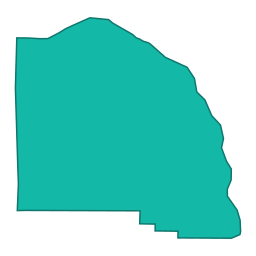 the district of Columbia, Oregon, United States of America
{"feature_id": "52423323B32513162677446", "entity_name": "Columbia", "entity_type": "district", "adm_level": 2, "iso_a3": "USA", "parent_name": "United States of America", "parent_adm1": "Oregon", "projection": "natural_earth1", "projection_center": [-123.003, 45.955], "detail": "fine", "context": "isolated", "style": "filled", "palette": "teal", "viewbox_px": 256, "rotation_deg": 0, "n_neighbors": 0, "source": "geoboundaries", "source_scale": "gbopen_adm2", "svg_char_len": 696}
<svg xmlns="http://www.w3.org/2000/svg" viewBox="0 0 256 256"><path d="M177.9,237.9L231.5,238.2L239.9,234.6L240.6,231.8L240.3,224.3L240.1,220.2L237.1,210.1L227.4,196.2L227.3,189.1L231.1,180.1L231.2,177.1L231.3,169.0L226.5,161.2L221.5,147.8L223.5,138.6L220.5,125.1L211.8,115.8L204.9,99.9L196.8,92.0L194.8,80.5L194.4,78.4L187.1,67.3L165.4,57.4L150.0,43.8L148.1,42.7L143.4,41.3L139.0,38.8L136.3,37.9L132.6,34.5L112.7,23.1L108.6,19.6L89.9,17.8L72.6,25.5L65.9,28.6L58.5,33.1L47.8,38.6L40.0,38.7L28.4,38.0L16.8,37.9L15.4,88.1L17.9,169.9L18.4,183.7L17.3,210.6L25.2,210.4L140.1,210.8L139.7,223.8L155.2,224.1L155.1,230.9L178.0,231.2L177.9,237.9Z" fill="#14b8a6" stroke="#0f766e" stroke-width="1.5"/></svg>